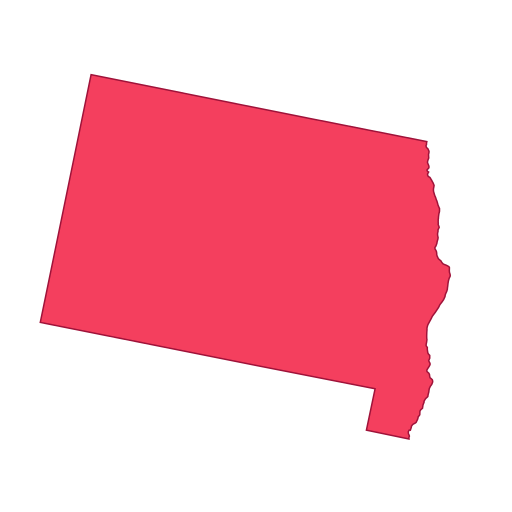 Phnum Proek, Batdâmbâng, Cambodia, rotated 192°
{"feature_id": "14789045B85132506712609", "entity_name": "Phnum Proek", "entity_type": "district", "adm_level": 2, "iso_a3": "KHM", "parent_name": "Cambodia", "parent_adm1": "Batdâmbâng", "projection": "equal_earth", "projection_center": [102.376, 13.291], "detail": "fine", "context": "isolated", "style": "filled", "palette": "rose", "viewbox_px": 512, "rotation_deg": 192, "n_neighbors": 0, "source": "geoboundaries", "source_scale": "gbopen_adm2", "svg_char_len": 2752}
<svg xmlns="http://www.w3.org/2000/svg" viewBox="0 0 512 512"><g transform="rotate(192 256 256)"><path d="M453.2,146.2L232.0,149.0L111.9,150.9L111.8,108.6L68.3,108.8L68.7,110.2L68.5,111.7L69.1,112.8L69.9,113.7L70.5,115.7L70.0,117.5L69.4,117.7L68.8,117.7L68.5,120.3L68.5,122.1L67.7,123.7L67.0,124.5L65.9,125.3L64.8,126.5L64.3,128.6L64.0,129.7L63.9,130.9L63.9,132.5L63.1,133.9L62.8,134.8L63.2,137.1L63.3,137.5L63.4,138.1L63.0,139.6L62.2,140.8L61.5,141.6L61.6,143.6L61.7,144.7L61.5,146.4L61.2,147.6L61.4,148.4L61.3,149.3L60.6,151.4L59.8,152.7L59.1,153.6L58.7,154.3L58.8,155.4L58.8,156.9L58.7,158.8L58.9,161.1L58.9,162.5L58.3,165.0L57.9,165.8L57.4,166.9L57.0,169.5L57.2,170.4L57.8,171.6L59.2,172.5L60.5,173.1L61.2,174.7L61.7,176.2L62.6,177.3L64.7,178.5L65.2,179.8L64.7,181.4L63.8,183.7L63.3,185.3L63.2,186.5L63.7,187.5L64.9,188.9L65.3,189.6L65.0,191.1L64.8,192.2L65.4,194.9L66.9,195.9L67.8,197.0L68.5,198.8L69.1,200.5L69.4,202.2L70.7,203.3L71.1,204.1L71.2,205.6L71.2,207.1L71.4,209.7L71.8,210.7L72.3,212.7L72.6,214.2L73.1,217.0L73.4,219.3L73.8,221.1L73.7,223.6L73.5,224.8L72.5,228.2L71.6,231.2L71.0,233.7L69.9,236.1L68.9,238.2L68.6,239.0L68.0,240.5L66.7,243.8L66.0,246.7L64.6,249.5L63.4,252.4L63.1,253.8L62.7,255.5L62.8,257.0L62.7,258.3L62.1,261.0L61.9,263.2L62.1,264.6L62.2,266.3L62.5,269.2L62.6,271.8L62.4,274.5L61.9,276.4L62.0,277.6L62.6,278.9L63.4,280.3L63.9,282.0L64.1,283.3L64.4,284.9L65.1,285.7L66.7,286.2L68.2,286.6L69.8,286.8L71.4,287.2L73.0,288.4L74.0,289.6L75.7,290.5L77.1,291.3L77.8,292.3L78.8,293.6L79.5,294.9L79.8,296.2L80.3,297.6L81.1,298.8L82.4,300.2L82.8,301.5L82.2,302.8L81.9,304.5L81.7,306.1L81.8,307.6L81.7,309.1L81.6,310.3L81.7,311.8L82.5,313.6L82.9,314.8L83.1,316.0L83.1,317.0L83.1,318.3L83.4,319.2L83.3,320.0L83.0,321.1L82.8,322.2L83.4,323.2L84.4,324.8L84.5,326.0L84.9,327.2L85.1,328.4L85.4,329.8L85.4,331.0L85.6,331.8L85.8,334.1L85.9,335.6L85.8,336.5L85.8,337.8L86.0,338.9L86.4,340.7L87.0,341.4L87.6,342.3L88.7,343.9L89.3,345.2L89.9,346.3L90.5,347.4L91.5,348.8L92.2,350.1L92.9,351.2L93.4,351.8L94.4,353.5L94.9,354.5L95.6,355.7L96.2,357.5L96.4,359.0L96.4,360.5L96.5,362.1L97.5,363.6L98.2,364.6L98.9,365.3L100.0,366.7L100.8,367.4L101.2,368.0L102.2,369.0L103.3,369.4L104.0,369.6L104.5,370.2L105.1,371.2L105.2,372.2L104.9,373.0L104.6,374.0L105.6,374.4L106.3,374.9L106.6,375.8L105.9,377.0L105.2,378.2L105.5,379.7L106.1,380.7L106.8,381.7L107.4,382.6L107.8,383.4L107.8,384.9L107.7,386.1L107.4,387.8L107.7,388.7L108.1,390.2L108.4,391.4L108.3,392.8L108.5,394.3L109.0,395.1L109.8,396.1L110.2,396.7L110.9,397.0L112.0,397.8L112.7,399.2L112.4,400.3L112.6,401.4L112.7,402.5L112.7,403.4L231.9,401.7L305.5,400.8L455.0,399.1L454.6,343.4L454.4,317.5L453.8,235.3L453.6,208.1L453.2,146.2Z" fill="#f43f5e" stroke="#9f1239" stroke-width="1.5"/></g></svg>